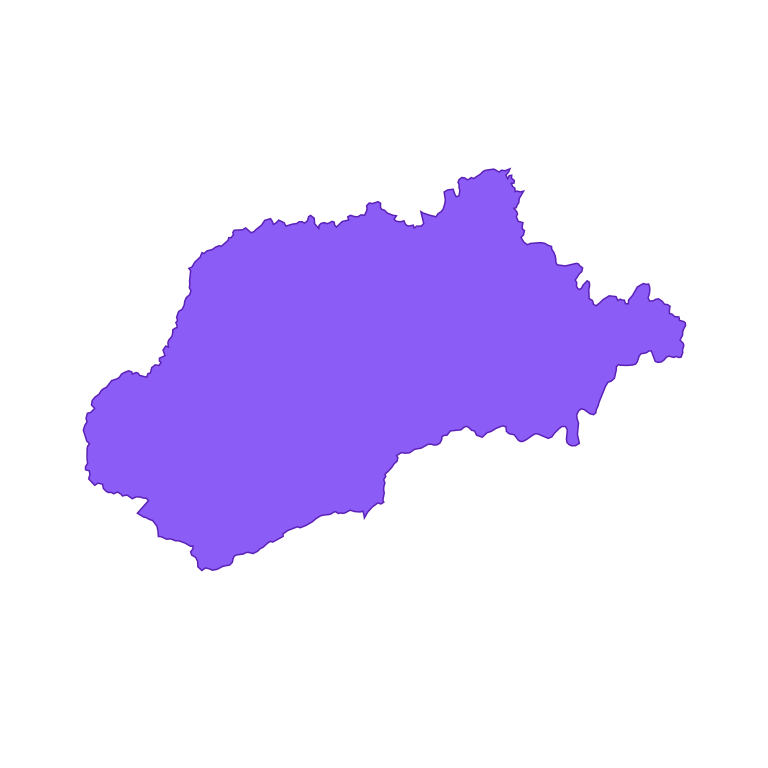 outline of Torixoréu, Mato Grosso, Brazil, rotated 27°
{"feature_id": "56859067B4494078996618", "entity_name": "Torixoréu", "entity_type": "district", "adm_level": 2, "iso_a3": "BRA", "parent_name": "Brazil", "parent_adm1": "Mato Grosso", "projection": "equal_earth", "projection_center": [-52.851, -16.299], "detail": "fine", "context": "isolated", "style": "filled", "palette": "violet", "viewbox_px": 768, "rotation_deg": 27, "n_neighbors": 0, "source": "geoboundaries", "source_scale": "gbopen_adm2", "svg_char_len": 6170}
<svg xmlns="http://www.w3.org/2000/svg" viewBox="0 0 768 768"><g transform="rotate(27 384 384)"><path d="M163.9,602.6L172.3,605.6L174.1,602.2L178.7,601.1L181.4,604.5L185.3,605.8L187.7,605.8L190.2,604.4L193.0,604.5L195.7,601.2L199.8,601.6L201.7,602.5L205.5,599.6L211.8,600.5L214.6,596.9L218.2,595.4L220.9,595.0L224.2,593.7L227.1,595.0L222.9,611.1L230.3,611.7L232.4,611.0L235.9,611.2L239.9,610.7L246.3,613.8L249.5,617.8L252.2,622.3L254.5,621.3L260.8,621.0L264.3,618.8L269.2,618.4L272.5,616.8L278.8,616.1L285.4,616.4L287.4,615.1L288.6,617.7L287.9,621.3L290.2,623.7L294.9,624.0L298.5,626.7L301.2,631.4L306.4,632.9L308.5,628.9L312.0,628.0L315.7,627.8L319.4,624.9L323.3,619.5L328.7,615.3L329.8,611.8L328.9,608.5L328.7,605.5L330.0,603.4L335.9,599.3L337.8,596.6L339.7,595.6L344.3,594.5L347.2,590.6L348.5,586.8L350.4,584.2L352.6,578.5L354.3,575.7L356.6,575.4L363.3,565.6L362.1,563.5L364.7,558.3L371.6,550.6L374.6,550.1L378.8,545.3L382.8,539.1L384.6,534.7L387.3,530.3L389.7,528.2L394.1,525.4L396.1,523.4L397.2,521.1L399.0,519.7L402.1,520.1L403.7,518.6L405.8,518.1L407.7,516.7L411.1,511.8L415.7,511.0L418.6,509.8L421.1,508.7L422.8,506.9L425.5,509.6L427.3,512.2L427.6,505.8L429.3,499.2L432.5,492.7L435.7,492.3L437.5,489.4L435.7,488.0L433.7,481.0L431.7,478.4L430.4,475.4L429.7,471.7L427.2,469.5L427.5,465.5L425.8,463.9L427.2,460.5L428.8,454.7L429.3,450.2L430.7,447.1L429.8,443.3L427.6,442.2L430.6,437.3L434.3,436.0L437.9,433.8L441.0,428.2L446.3,424.2L450.9,417.4L453.8,416.1L456.0,415.8L458.7,414.3L460.6,411.5L460.7,407.8L459.6,404.3L461.2,402.3L463.4,401.0L464.4,395.7L473.4,389.9L475.1,385.8L477.1,384.1L480.3,384.5L483.1,385.5L485.9,384.7L489.8,387.6L495.7,386.8L498.0,380.5L500.9,377.7L504.1,372.5L508.8,367.3L512.2,366.9L514.5,370.6L518.0,371.5L523.1,370.1L529.4,373.2L531.9,373.2L533.9,372.0L536.2,368.8L539.8,362.0L541.6,359.5L544.1,358.6L555.0,357.9L557.5,355.0L558.3,350.1L560.4,343.9L561.9,341.0L565.1,339.5L567.9,341.4L569.2,344.0L571.4,350.0L573.5,353.0L576.4,354.0L579.0,353.9L582.6,352.1L585.0,348.2L579.2,341.1L575.1,330.6L571.8,327.3L569.7,324.1L569.6,319.5L571.1,316.5L573.9,315.9L581.0,317.0L584.6,316.2L585.8,313.6L584.8,310.5L584.7,306.3L583.9,302.7L582.4,285.5L582.7,280.9L585.2,278.2L586.7,274.3L584.5,265.7L583.2,263.2L584.0,260.4L586.0,260.0L592.0,257.2L596.9,254.2L599.1,252.1L599.6,249.1L598.7,243.3L599.2,240.3L601.9,238.5L603.8,236.8L604.9,234.5L607.1,233.1L615.4,240.7L618.2,240.4L621.1,238.4L622.6,235.5L623.6,231.5L625.3,229.8L630.0,228.8L632.0,226.8L634.5,226.6L636.5,225.2L636.0,220.6L634.4,217.7L633.7,213.6L632.2,212.0L627.8,210.4L627.9,205.1L626.4,201.8L626.0,198.5L626.2,195.0L624.5,192.6L622.4,192.3L618.5,193.2L616.4,190.4L612.3,192.0L609.0,191.0L606.3,191.6L604.8,188.7L603.6,184.9L600.7,184.5L597.7,185.6L594.3,184.0L589.9,183.5L587.6,185.2L586.1,187.6L583.0,189.5L580.2,187.4L579.5,183.1L578.0,179.2L576.6,176.9L574.3,174.8L572.6,176.1L569.4,176.8L565.7,182.5L565.2,192.4L563.8,198.1L565.3,201.7L562.6,202.8L560.1,200.2L557.9,201.1L555.9,201.2L554.4,203.5L551.1,200.8L544.6,203.2L540.8,209.4L539.4,213.9L537.4,218.0L534.7,218.0L531.9,215.0L528.0,214.7L523.7,207.0L522.6,203.1L520.7,200.1L518.2,199.8L516.5,205.4L516.5,208.9L515.0,211.2L513.0,210.8L511.0,209.3L509.6,206.1L507.2,204.6L508.1,196.7L509.2,194.2L508.3,190.4L505.1,189.9L502.5,188.7L500.6,189.2L491.8,196.6L484.1,199.2L481.8,197.4L480.0,194.2L478.2,191.9L475.4,189.5L472.4,187.9L470.8,185.4L467.8,185.9L463.4,185.7L459.6,186.8L450.6,192.3L448.6,194.8L444.4,194.2L439.5,191.2L440.6,187.9L439.5,183.5L437.3,183.3L435.7,181.1L434.6,177.2L429.7,178.1L425.9,174.8L425.8,171.9L423.9,170.1L420.0,168.5L421.8,166.8L421.4,163.9L421.8,161.3L420.3,157.3L420.8,148.8L418.2,151.0L415.2,151.6L413.5,153.1L411.8,150.2L409.0,149.7L406.3,147.4L408.6,146.0L407.7,143.5L404.2,142.8L403.0,140.0L401.0,141.5L401.0,145.0L397.8,142.6L398.8,138.5L398.5,135.1L395.0,139.1L391.7,140.1L390.2,142.9L384.4,142.6L377.5,147.4L375.7,149.7L374.7,153.1L370.6,160.2L367.9,160.5L366.9,162.9L365.2,164.3L362.5,163.7L359.5,164.7L358.0,168.2L358.5,170.8L360.4,172.2L361.4,174.5L363.7,177.2L365.4,182.3L363.4,184.4L360.6,182.5L357.2,179.1L352.7,182.1L350.4,185.6L355.0,192.0L356.2,195.3L357.3,201.3L356.7,204.4L354.9,207.5L354.4,211.4L347.5,213.0L341.1,213.9L338.6,213.7L346.5,222.9L345.6,226.3L341.5,228.5L339.9,231.3L337.9,229.2L334.6,231.9L332.6,232.4L330.4,231.8L327.6,229.5L325.7,231.5L323.1,232.8L320.3,233.4L318.2,232.5L318.7,228.5L315.9,229.5L309.4,230.2L305.4,228.9L302.9,229.5L300.6,228.2L298.9,224.5L295.9,224.3L291.8,228.5L288.7,229.4L287.6,233.1L289.2,235.2L290.0,238.4L290.0,242.5L286.8,243.7L284.5,247.2L281.2,248.3L277.6,248.9L275.8,251.5L278.1,253.9L273.0,258.2L270.4,265.7L267.7,264.7L266.2,262.4L263.8,262.7L262.0,265.6L260.4,267.0L257.5,267.3L255.0,269.5L254.1,272.2L255.2,275.0L249.4,272.7L246.6,268.0L242.1,267.1L240.9,269.1L241.7,273.6L240.0,276.8L237.6,276.6L234.8,277.9L233.3,280.7L230.1,282.9L224.9,287.8L221.7,285.6L215.8,285.8L214.7,289.5L213.0,292.0L210.5,289.7L207.8,288.2L203.4,292.4L202.8,298.1L200.0,304.1L198.9,307.4L196.8,309.6L189.9,307.7L187.9,310.9L180.7,315.0L180.5,317.6L182.0,319.3L181.4,323.0L179.2,324.1L179.9,326.7L176.5,335.2L174.4,335.6L171.8,338.5L169.9,342.2L165.8,345.8L164.5,349.4L162.2,349.6L162.6,354.4L160.1,361.3L159.8,366.9L157.6,369.6L160.3,370.8L164.1,380.8L165.6,383.1L166.9,386.7L169.6,388.4L170.3,392.6L168.6,396.8L168.9,400.8L170.2,404.6L170.2,409.2L168.2,412.4L168.4,415.2L169.0,418.9L171.2,421.0L170.7,423.9L172.6,425.3L174.0,427.6L172.4,429.3L171.2,431.6L172.3,433.8L173.4,437.7L172.3,442.4L172.6,445.1L175.1,449.0L172.4,449.2L171.7,454.0L176.0,458.2L172.2,462.9L173.5,465.5L175.5,465.9L175.2,469.5L171.4,470.9L169.6,475.0L170.9,480.3L169.0,481.8L169.4,485.7L162.3,487.3L160.0,486.0L157.8,486.4L155.3,489.3L153.6,487.7L150.4,488.2L147.5,491.5L145.6,494.4L145.2,498.2L143.9,500.5L139.8,504.6L138.2,512.9L136.2,515.6L135.1,517.9L134.7,522.5L132.5,526.8L131.5,531.1L132.9,535.5L137.3,537.1L135.6,542.5L133.0,544.7L134.1,549.9L136.7,552.6L136.2,556.0L137.0,561.6L145.1,569.8L148.6,570.8L148.2,574.2L149.2,577.1L153.3,585.4L155.9,589.2L155.6,593.3L157.0,595.9L160.9,595.2L163.1,598.2L163.9,602.6Z" fill="#8b5cf6" stroke="#5b21b6" stroke-width="1.5"/></g></svg>